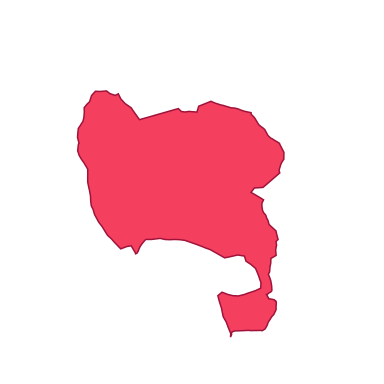 outline of Orhionmwon, Edo, Nigeria, rotated 124°
{"feature_id": "59680162B17520648889441", "entity_name": "Orhionmwon", "entity_type": "district", "adm_level": 2, "iso_a3": "NGA", "parent_name": "Nigeria", "parent_adm1": "Edo", "projection": "natural_earth1", "projection_center": [6.057, 6.084], "detail": "fine", "context": "isolated", "style": "filled", "palette": "rose", "viewbox_px": 384, "rotation_deg": 124, "n_neighbors": 0, "source": "geoboundaries", "source_scale": "gbopen_adm2", "svg_char_len": 2991}
<svg xmlns="http://www.w3.org/2000/svg" viewBox="0 0 384 384"><g transform="rotate(124 192 192)"><path d="M287.7,79.6L287.1,80.3L285.8,80.6L283.4,79.0L281.2,76.0L278.0,71.6L276.4,69.5L275.1,67.8L274.2,66.0L272.6,63.7L271.3,61.9L270.3,60.4L268.4,57.8L267.8,56.3L267.3,56.0L264.6,54.8L260.1,55.2L257.6,56.0L255.1,56.0L252.5,56.1L250.0,56.1L248.1,55.7L244.3,56.2L242.3,56.6L240.8,57.7L238.9,58.9L236.9,60.0L235.6,61.2L235.8,62.1L235.5,62.2L235.4,63.3L235.4,63.8L236.5,66.4L237.0,67.6L237.6,68.4L237.3,68.9L237.1,69.3L237.1,69.6L236.7,69.9L236.6,70.4L236.4,70.9L235.8,71.7L235.3,73.0L234.2,72.1L232.9,71.9L231.1,70.9L229.8,70.6L228.8,70.8L225.0,73.7L221.3,77.3L219.5,79.7L217.5,82.7L214.8,83.0L210.4,85.5L207.0,86.9L203.0,89.4L197.5,86.8L193.2,90.3L188.7,92.2L186.1,94.7L183.2,94.1L181.3,96.3L180.1,97.7L177.3,100.7L176.1,108.5L175.7,110.2L175.3,110.6L173.1,113.1L171.9,115.4L169.9,118.0L169.2,120.8L168.0,123.0L164.8,126.0L162.3,127.7L160.6,128.0L158.5,128.3L158.6,132.1L159.3,142.9L153.8,142.5L148.5,135.7L127.1,129.9L125.5,131.8L124.6,132.2L119.5,133.8L116.6,134.2L113.5,134.2L107.7,138.0L103.3,146.0L102.7,146.7L103.0,153.1L103.0,155.0L103.3,156.9L102.7,160.6L100.5,164.8L99.5,166.7L99.2,169.3L99.2,171.2L98.9,174.2L95.4,181.8L94.5,186.3L93.2,187.4L95.8,193.8L96.5,196.4L96.8,197.5L97.4,200.5L98.7,203.9L100.3,206.5L101.2,209.5L102.2,212.5L102.8,214.7L103.5,216.2L104.4,219.2L105.4,222.6L106.2,227.0L113.6,232.0L117.1,234.4L123.0,232.6L126.9,239.6L129.5,242.4L131.2,245.8L130.5,250.0L161.4,276.0L157.6,286.1L156.2,289.5L156.1,296.8L154.7,302.9L153.1,305.8L151.8,308.0L154.8,309.6L156.3,314.9L156.0,319.4L159.9,324.2L162.5,328.4L168.2,329.2L174.4,327.4L178.3,328.2L182.5,328.5L186.1,325.9L190.5,323.4L191.7,322.9L194.5,321.9L195.9,321.9L197.7,321.9L198.5,321.8L199.9,321.8L202.9,321.8L204.5,320.9L206.1,320.1L210.7,317.5L214.8,312.9L215.6,313.0L217.3,312.2L221.8,309.8L224.2,306.7L224.7,306.1L226.8,301.8L228.2,297.9L231.4,291.2L234.9,288.8L235.5,288.4L238.9,286.2L242.2,283.9L245.3,280.8L248.2,277.7L252.0,274.0L256.3,270.8L258.7,268.7L259.6,268.0L260.5,266.5L261.7,264.3L262.5,263.4L265.3,260.0L267.4,255.8L268.5,253.8L269.3,252.1L271.0,247.0L274.5,239.3L275.2,237.6L275.9,232.6L276.9,228.9L279.0,219.3L273.5,215.4L270.6,212.3L274.3,204.5L274.8,204.2L274.7,204.1L273.5,203.4L271.0,203.5L268.9,204.1L266.3,204.5L262.9,204.5L260.0,204.2L257.5,203.9L256.7,203.1L254.1,199.2L251.0,195.6L248.3,192.5L246.4,187.7L244.0,183.8L240.9,179.6L238.5,175.7L236.1,170.9L234.6,165.3L232.9,158.8L231.5,152.9L230.8,149.3L229.6,144.8L229.3,141.1L229.0,137.4L228.3,128.1L225.3,125.1L222.3,122.3L218.7,118.9L215.8,112.7L219.2,108.5L219.1,102.6L219.8,96.6L222.2,92.9L224.3,89.8L226.5,87.0L228.6,84.1L230.3,83.1L231.9,82.1L233.4,81.3L238.4,84.3L241.7,86.8L244.6,89.1L247.7,91.3L252.1,95.3L252.3,95.5L255.1,100.2L256.8,104.7L258.3,111.1L263.5,112.6L267.3,108.3L271.8,102.6L275.5,98.9L278.0,96.3L280.6,91.0L283.9,86.4L287.7,80.7L290.8,78.9L287.7,79.6Z" fill="#f43f5e" stroke="#9f1239" stroke-width="1.5"/></g></svg>